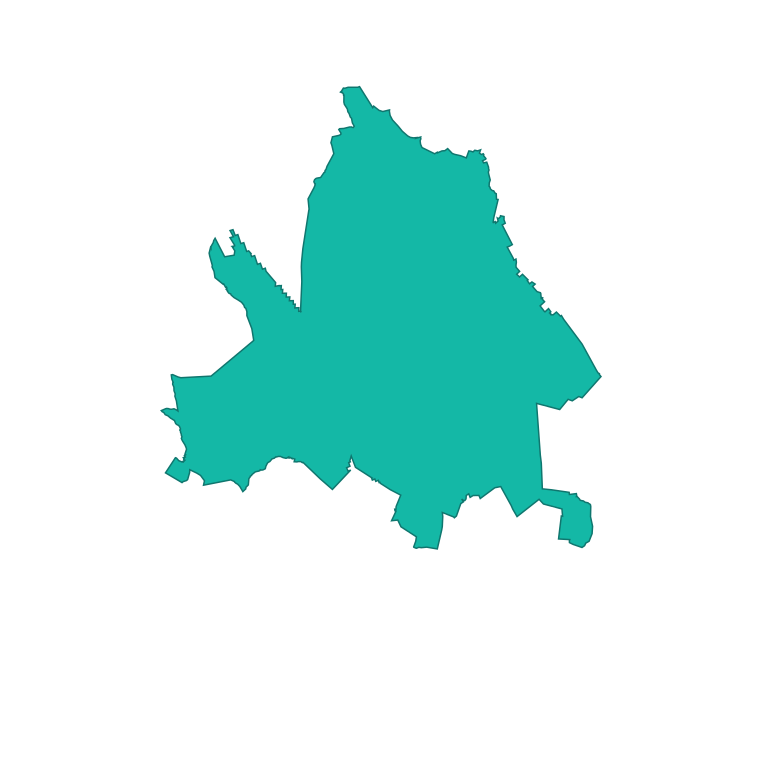 Cuyoaco, Puebla, Mexico (orthographic projection), rotated 320°
{"feature_id": "50627088B87175964143986", "entity_name": "Cuyoaco", "entity_type": "district", "adm_level": 2, "iso_a3": "MEX", "parent_name": "Mexico", "parent_adm1": "Puebla", "projection": "orthographic", "projection_center": [-97.601, 19.584], "detail": "fine", "context": "isolated", "style": "filled", "palette": "teal", "viewbox_px": 768, "rotation_deg": 320, "n_neighbors": 0, "source": "geoboundaries", "source_scale": "gbopen_adm2", "svg_char_len": 6159}
<svg xmlns="http://www.w3.org/2000/svg" viewBox="0 0 768 768"><g transform="rotate(320 384 384)"><path d="M608.5,266.7L605.6,265.6L603.8,263.3L601.3,263.4L600.3,261.6L598.8,260.0L592.4,263.7L589.4,258.3L585.8,253.6L584.5,251.3L584.1,244.6L580.6,244.4L578.2,242.7L573.6,241.3L573.8,240.7L570.8,240.2L565.1,227.3L566.1,223.9L568.0,220.9L569.8,219.9L570.5,218.7L570.9,218.4L566.6,216.4L567.4,216.2L564.9,214.5L562.7,212.0L561.6,209.2L560.5,202.2L560.6,195.7L560.2,187.2L561.3,182.2L563.4,178.6L564.4,177.6L558.2,174.5L556.1,171.2L554.7,164.5L553.0,165.1L556.4,140.5L554.6,139.8L547.2,133.6L544.3,132.4L543.1,131.2L539.8,132.3L538.3,132.4L538.8,133.5L539.4,133.7L539.4,135.6L538.6,136.9L538.9,137.1L534.5,142.2L533.4,144.3L532.7,149.7L531.3,152.3L531.1,154.4L529.8,157.8L529.9,159.6L527.6,163.7L526.9,167.4L525.3,167.8L524.5,166.8L524.3,166.2L522.8,165.0L517.5,162.4L514.1,159.9L512.9,160.0L512.3,164.0L511.6,164.9L510.3,164.9L509.1,164.5L503.4,161.5L498.4,165.1L497.5,167.6L493.6,175.3L480.3,180.6L477.4,182.4L476.2,182.5L474.8,183.7L473.9,183.5L468.5,185.0L467.9,184.9L465.0,183.2L463.8,182.8L462.1,182.9L460.4,183.9L459.9,185.1L460.0,186.3L459.5,186.5L459.3,187.2L456.4,188.7L444.8,193.4L438.7,202.3L438.4,202.3L408.8,228.2L399.0,237.8L396.0,241.1L386.9,252.7L367.3,274.1L366.6,275.8L366.6,274.3L365.4,273.5L367.8,270.8L364.6,268.4L367.3,265.8L365.8,264.6L368.1,261.8L365.0,259.4L367.8,256.8L365.0,254.5L367.6,251.7L364.5,249.2L367.2,246.5L365.8,245.5L368.6,242.6L367.0,241.5L367.0,241.2L363.5,239.3L366.2,236.6L366.1,221.8L367.5,219.0L364.7,217.9L366.9,212.1L364.0,211.0L367.4,202.5L364.5,201.3L365.7,198.3L366.0,198.4L365.9,195.0L364.0,194.2L367.4,185.6L364.6,184.4L368.1,175.6L365.5,174.6L367.5,168.7L364.7,167.5L363.3,174.4L360.1,172.9L358.8,181.6L358.3,182.2L356.1,181.0L356.3,182.0L356.6,182.1L356.1,182.8L355.8,182.6L355.3,186.1L352.0,189.0L343.7,184.1L348.3,163.8L345.7,164.7L344.1,165.9L339.8,167.5L338.5,169.0L338.6,168.1L334.2,171.3L332.7,174.0L328.7,182.8L327.5,183.8L326.2,188.5L322.9,193.9L324.9,204.2L325.5,204.3L324.8,208.1L325.6,208.4L325.3,209.6L324.0,209.9L324.3,211.6L323.8,211.7L323.5,214.3L323.7,215.3L324.5,216.3L324.1,217.6L324.7,221.5L326.3,226.0L327.4,229.8L327.3,233.6L326.4,235.8L326.8,237.1L325.5,240.4L322.9,243.5L318.3,256.7L312.2,266.9L256.6,266.8L232.4,248.6L230.8,246.3L228.1,240.9L226.9,240.3L224.6,243.9L223.5,247.3L222.9,247.3L221.9,248.4L221.0,251.4L218.8,254.2L217.7,257.4L216.0,258.9L214.1,263.5L208.8,272.2L208.2,270.1L207.2,268.0L205.0,266.8L203.6,265.4L203.3,264.6L201.9,263.1L200.9,262.6L196.3,261.2L196.3,262.8L197.0,264.2L196.7,266.9L198.0,269.4L198.6,273.1L200.0,277.3L199.0,280.4L199.2,281.8L200.0,283.7L200.0,285.1L199.2,287.7L198.0,288.0L197.8,289.3L197.0,290.4L196.6,291.9L195.9,292.8L195.3,294.6L193.8,295.4L193.1,297.7L192.4,302.6L191.4,305.9L190.7,307.1L186.3,309.9L186.5,310.7L185.0,310.6L184.8,312.2L182.9,311.4L182.8,312.0L183.2,312.5L181.7,313.4L182.4,314.4L179.9,314.7L179.7,313.9L179.1,313.8L177.5,310.8L177.4,307.3L176.8,306.4L159.5,311.6L165.9,329.7L167.5,329.7L170.6,331.0L172.1,331.0L178.3,326.8L180.1,324.8L183.3,331.9L184.7,336.1L184.3,342.7L180.7,345.5L204.9,358.9L206.7,362.5L206.5,363.1L206.8,365.0L207.5,366.6L207.7,369.7L206.7,375.7L210.7,375.5L211.8,374.4L215.2,374.1L219.7,369.6L221.6,369.2L222.5,368.6L223.7,369.0L224.4,368.5L229.0,368.6L232.3,370.3L233.4,370.6L234.1,370.1L235.0,371.4L236.3,372.1L238.6,372.6L240.6,371.1L243.8,369.7L244.9,369.6L246.7,370.0L250.1,369.4L252.3,370.3L254.5,370.3L254.7,370.8L256.4,371.5L258.1,372.9L259.3,375.4L261.0,377.7L261.7,378.2L263.1,378.4L262.7,378.6L264.1,380.0L264.8,379.6L265.5,382.0L265.8,381.7L267.4,384.2L265.2,385.8L267.2,387.7L268.4,388.3L270.4,390.0L270.9,391.8L271.6,392.0L274.2,415.8L276.7,431.6L303.2,428.5L300.5,427.7L301.5,424.1L305.1,425.1L306.4,421.5L308.2,422.0L308.5,420.8L312.6,418.1L308.6,429.5L314.3,447.9L314.1,447.8L313.3,450.1L315.9,450.9L315.1,453.3L317.7,454.1L316.9,456.4L317.7,456.7L317.4,457.8L320.9,469.0L325.4,479.9L314.6,485.6L312.3,487.9L311.7,486.9L310.9,488.2L311.3,489.2L301.9,493.6L307.1,497.1L305.2,504.3L310.6,521.9L307.3,524.8L302.0,527.9L301.9,528.2L302.9,530.2L303.3,530.7L305.7,531.5L307.4,533.4L311.8,536.4L318.8,544.6L334.4,532.9L337.0,530.7L343.9,523.2L346.1,519.9L351.9,530.6L351.9,531.7L354.6,531.7L365.9,525.0L369.0,525.3L369.6,522.0L369.7,523.1L370.3,524.8L370.8,525.2L372.3,525.0L373.2,524.5L375.3,522.3L375.9,522.3L378.3,522.6L377.1,526.2L380.6,526.7L385.1,530.4L384.1,533.6L402.2,534.7L407.5,537.6L403.3,558.9L402.2,562.6L400.7,571.1L428.7,572.0L429.0,578.4L440.0,594.1L435.8,600.1L435.0,599.1L418.1,614.9L426.3,622.6L425.3,623.2L424.1,624.7L425.8,628.5L430.6,636.5L433.7,636.8L436.3,635.6L440.0,636.3L447.2,632.4L452.3,627.1L456.9,618.4L463.6,610.8L464.5,609.3L464.5,608.2L464.0,607.2L463.9,606.1L462.1,603.9L461.6,601.8L459.6,599.3L459.8,597.7L459.6,594.3L459.1,593.9L459.7,593.7L460.9,591.6L455.0,587.8L456.2,586.0L444.3,572.7L437.9,566.1L453.5,545.9L458.0,539.0L488.4,496.9L502.2,516.5L515.2,514.1L517.4,517.9L525.2,518.8L526.9,521.9L555.0,517.8L555.1,515.2L555.3,514.6L555.6,514.5L555.1,512.9L555.7,509.3L561.4,480.8L563.2,450.0L563.9,445.6L562.8,445.5L562.3,439.7L558.0,439.7L556.4,438.3L556.5,437.3L556.9,437.3L557.0,436.9L556.6,436.0L558.2,435.9L558.5,432.0L553.8,432.2L553.5,431.8L553.8,424.5L559.9,424.2L559.8,420.3L560.9,420.1L560.4,419.0L559.7,419.1L562.3,415.4L562.5,414.6L560.6,411.6L560.5,404.8L564.0,404.6L562.9,400.9L559.9,400.8L560.2,396.9L561.3,396.8L560.6,389.0L556.6,389.1L556.2,385.2L560.3,384.9L560.2,379.5L561.5,377.8L563.7,375.8L565.4,373.1L563.0,372.5L563.9,370.5L566.4,358.3L569.2,359.2L571.9,359.7L576.8,338.1L580.2,338.8L581.5,335.3L583.6,332.9L581.4,330.0L580.6,330.7L578.6,330.9L577.7,330.5L577.5,329.8L576.2,332.5L572.9,332.6L573.6,331.1L571.5,330.6L571.6,330.2L575.2,327.0L590.0,316.0L588.9,314.8L592.3,310.4L591.8,309.1L592.2,306.5L591.3,305.5L590.9,303.1L591.7,301.2L591.6,300.1L593.9,297.6L596.5,296.0L599.2,290.4L600.2,288.7L602.0,287.6L602.5,286.3L603.5,285.0L605.3,280.1L602.4,278.6L603.0,276.3L606.3,277.2L607.0,276.8L607.0,273.1L607.9,272.5L608.0,271.4L606.1,270.8L605.5,268.5L608.5,266.7Z" fill="#14b8a6" stroke="#0f766e" stroke-width="1.5"/></g></svg>